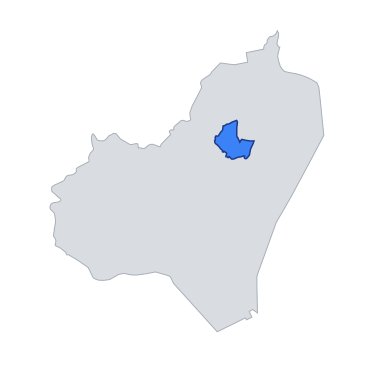 Al-Qādisiyyah on a map of Iraq (Mercator projection), rotated 259°
{"feature_id": "IRQ-3224", "entity_name": "Al-Qādisiyyah", "entity_type": "Province", "adm_level": 1, "iso_a3": "IRQ", "parent_name": "Iraq", "parent_adm1": "", "projection": "mercator", "projection_center": [44.995, 31.829], "detail": "fine", "context": "in_parent", "style": "filled", "palette": "blue", "viewbox_px": 384, "rotation_deg": 259, "n_neighbors": 0, "source": "natural_earth", "source_scale": "10m", "svg_char_len": 4377}
<svg xmlns="http://www.w3.org/2000/svg" viewBox="0 0 384 384"><g transform="rotate(259 192 192)"><path d="M154.2,57.1L157.0,56.4L162.2,52.0L165.3,47.8L166.3,47.5L169.0,48.8L171.0,49.2L175.5,47.6L178.2,48.5L180.5,49.5L181.7,49.6L187.8,52.1L189.3,52.4L192.5,52.8L197.1,52.9L200.1,51.2L202.3,49.6L203.8,49.6L205.2,50.0L206.4,50.7L207.5,51.9L207.9,53.7L207.7,59.2L208.2,60.6L209.0,61.6L210.1,61.8L211.3,60.7L213.6,58.9L216.3,57.0L218.3,55.3L219.5,54.6L221.3,54.7L223.1,55.0L224.1,55.9L224.1,56.1L225.1,58.7L227.5,68.3L228.8,69.5L230.4,70.6L231.5,72.0L231.9,73.4L231.8,75.6L231.8,78.2L232.5,80.2L233.4,81.7L234.2,82.5L235.4,82.5L236.9,82.9L237.9,84.4L241.1,95.2L241.4,96.6L242.8,97.1L245.0,96.9L247.3,98.0L249.7,99.8L252.0,103.1L253.5,103.6L258.3,103.1L264.9,103.6L267.9,105.3L267.6,106.4L265.3,107.5L261.1,108.9L259.9,111.2L259.2,114.2L259.3,115.9L260.3,117.8L263.3,121.5L263.4,122.8L263.9,124.6L264.5,125.9L263.9,128.4L261.2,130.0L257.7,131.9L250.6,140.0L250.1,141.8L250.2,146.6L249.5,148.0L247.2,147.9L245.5,147.7L245.4,149.4L244.3,151.6L243.7,153.6L246.2,158.1L246.7,160.6L246.3,162.8L243.9,166.6L242.5,169.2L242.8,169.7L244.7,170.8L250.5,179.1L252.4,182.0L254.8,181.3L255.8,181.3L256.5,181.8L256.9,182.8L256.9,184.0L256.3,185.9L259.4,186.7L260.6,188.6L264.2,195.0L264.1,196.9L262.3,200.0L262.3,202.0L262.7,203.8L263.3,204.5L268.7,204.7L271.0,205.4L276.6,208.7L282.9,213.8L288.1,217.9L292.6,221.4L297.3,221.2L298.6,221.8L299.8,222.9L301.2,225.8L303.9,232.3L306.2,234.4L309.8,239.6L313.2,244.5L311.0,251.1L308.8,257.9L308.8,266.7L308.8,271.4L313.4,271.6L318.4,271.9L318.5,277.5L318.5,283.2L318.5,289.6L320.0,289.9L322.4,291.2L323.4,293.3L324.7,294.5L326.2,294.6L327.7,295.7L329.2,297.5L329.8,298.9L329.4,299.9L329.7,301.6L330.7,304.0L332.0,305.1L334.0,306.5L331.3,307.3L328.4,306.7L322.2,303.9L320.2,303.8L317.6,304.9L317.5,305.8L311.0,302.7L308.6,302.0L307.8,302.0L304.0,302.0L298.7,302.6L295.5,303.9L293.4,305.2L292.4,306.5L292.0,307.3L290.3,311.2L288.4,316.2L286.3,320.7L282.4,327.1L280.2,330.0L275.4,335.4L270.4,336.5L258.5,335.5L245.4,334.3L232.4,333.1L222.7,332.2L222.0,331.9L212.4,324.1L204.8,318.0L195.3,310.3L185.6,302.4L175.8,294.4L168.7,288.6L160.0,281.1L152.1,274.2L145.9,268.8L137.9,264.0L131.7,260.3L122.6,254.9L115.4,250.6L109.1,246.8L99.6,241.1L96.4,239.5L86.5,237.6L77.0,236.0L67.3,234.3L60.8,233.2L65.1,229.1L63.8,225.4L60.7,226.1L57.8,227.0L56.1,221.2L58.3,220.5L56.2,213.0L54.1,205.3L52.1,197.8L50.0,190.1L58.2,185.1L64.4,181.4L73.0,176.3L81.3,171.2L89.2,166.5L97.9,161.2L105.7,156.5L112.8,154.6L114.3,153.1L117.6,146.6L120.4,141.1L120.5,139.8L120.5,131.9L121.0,122.6L121.9,117.7L123.5,113.3L125.0,110.1L125.1,107.1L125.0,104.0L123.4,99.4L121.8,94.6L122.0,89.9L122.3,87.4L123.3,83.4L125.0,80.5L126.8,78.6L133.6,76.8L137.6,75.7L143.0,70.5L146.2,67.4L150.7,62.5L153.9,58.8L154.2,57.6L154.2,57.1Z" fill="#d9dde1" stroke="#a8b0b8" stroke-width="1"/><path d="M236.3,223.9L236.7,223.9L238.4,224.1L238.6,224.7L239.3,225.0L241.4,225.2L241.7,225.8L242.3,225.9L242.4,226.2L242.4,226.6L242.0,227.5L241.9,228.0L242.1,228.5L242.5,229.0L245.4,231.7L245.9,232.4L246.3,233.1L246.6,233.5L247.0,233.8L248.9,234.5L250.9,235.1L251.0,235.5L250.7,235.7L250.6,235.8L250.7,236.1L252.0,239.2L251.8,240.1L251.8,240.6L251.8,241.3L253.0,244.8L253.8,249.4L253.5,249.6L252.9,249.8L251.7,249.9L246.5,248.2L239.4,246.8L237.3,246.7L237.0,247.2L232.3,248.3L231.7,248.4L232.0,248.8L232.3,248.9L232.8,249.1L233.0,249.2L233.2,249.5L233.3,249.9L233.5,250.3L234.1,250.6L234.1,251.1L233.6,252.3L232.7,254.1L230.9,259.1L230.3,262.6L228.0,261.3L223.0,257.7L217.4,255.4L216.9,255.0L215.0,252.8L214.4,251.6L214.5,250.8L215.1,250.1L215.8,249.9L216.6,250.2L217.1,250.5L217.6,249.7L217.2,247.2L217.3,245.0L217.4,243.9L216.4,239.1L216.6,238.0L216.8,237.2L217.1,236.8L217.6,236.6L218.7,235.9L219.5,235.6L219.7,235.3L219.5,235.1L219.3,234.9L219.1,234.7L218.9,234.3L218.8,234.0L218.9,233.9L219.2,233.7L219.4,233.6L219.5,233.6L219.8,233.4L220.2,232.0L221.1,232.3L222.7,233.2L223.0,233.4L223.4,233.4L223.7,233.3L223.9,233.1L224.1,233.0L224.7,232.3L224.8,232.1L225.3,231.9L225.4,231.7L225.5,231.6L225.6,231.3L225.5,231.0L225.3,230.8L225.2,230.6L225.2,230.2L225.4,229.9L225.7,229.6L225.9,229.5L226.0,229.5L226.5,230.0L226.9,230.0L227.8,229.2L229.1,228.2L230.9,227.4L233.4,225.8L233.6,225.6L234.0,225.2L234.3,224.9L235.6,224.1L236.0,223.9L236.3,223.9Z" fill="#3b82f6" stroke="#1e3a8a" stroke-width="1.5"/></g></svg>